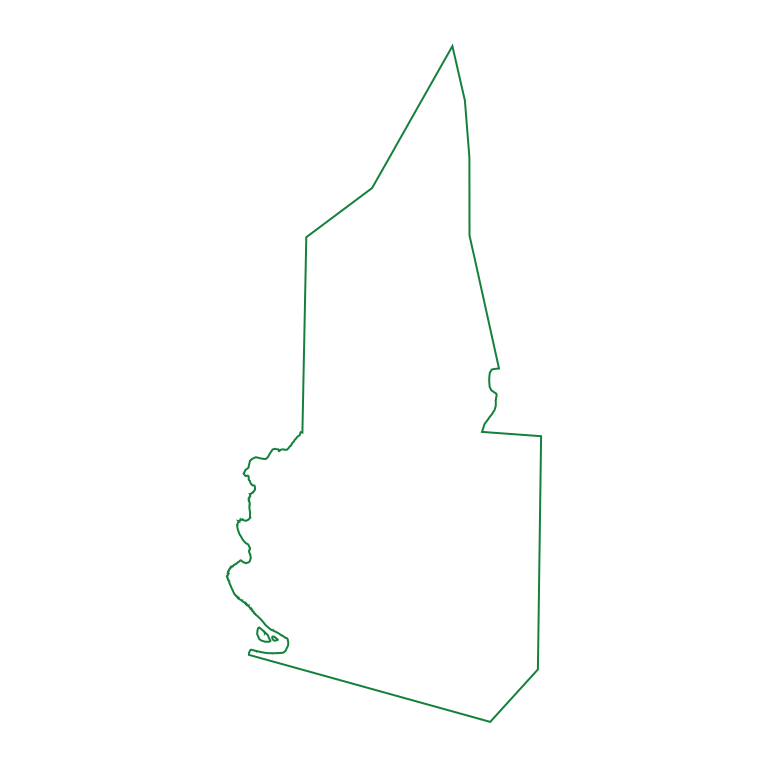 Mappi, Papua, Indonesia (Equal Earth projection)
{"feature_id": "22746128B63262525003276", "entity_name": "Mappi", "entity_type": "district", "adm_level": 2, "iso_a3": "IDN", "parent_name": "Indonesia", "parent_adm1": "Papua", "projection": "equal_earth", "projection_center": [138.756, -6.247], "detail": "fine", "context": "isolated", "style": "outline", "palette": "green", "viewbox_px": 768, "rotation_deg": 0, "n_neighbors": 0, "source": "geoboundaries", "source_scale": "gbopen_adm2", "svg_char_len": 5924}
<svg xmlns="http://www.w3.org/2000/svg" viewBox="0 0 768 768"><path d="M243.6,473.6L245.4,475.9L246.4,476.0L247.7,475.6L248.0,475.7L248.5,476.2L248.7,477.3L248.7,479.0L248.8,479.9L249.2,480.4L249.8,480.9L250.0,481.1L250.2,482.3L250.6,483.3L251.4,484.0L251.4,484.4L251.7,484.7L252.4,485.3L253.5,485.3L254.5,485.6L254.8,486.5L255.0,488.0L255.0,489.4L254.7,490.3L254.3,490.5L254.0,491.2L253.7,491.4L253.7,491.6L253.2,491.9L253.1,492.3L252.7,492.3L252.5,492.7L252.0,492.9L251.7,493.3L251.2,493.4L250.9,493.8L250.7,493.9L250.5,494.4L250.3,494.2L250.1,494.2L250.4,494.6L250.3,494.8L250.1,495.0L250.2,495.3L250.0,495.7L250.1,496.1L249.8,496.2L249.6,496.6L249.7,497.0L249.4,497.4L249.5,497.7L248.7,498.1L248.7,498.3L248.8,498.6L248.6,499.5L249.1,499.8L249.2,500.2L249.1,501.0L249.2,501.4L249.0,501.5L249.6,502.3L249.7,502.9L249.6,503.4L249.7,504.1L249.6,504.4L249.8,504.8L249.6,505.1L249.6,505.3L249.4,505.5L249.5,506.2L249.4,506.7L249.4,508.0L249.7,509.9L249.9,511.5L250.0,511.8L250.1,512.2L250.0,516.4L250.1,517.5L250.3,517.7L248.3,519.7L246.5,520.6L245.5,520.8L243.1,520.0L242.6,519.3L242.3,519.5L242.2,519.4L241.1,519.7L241.0,519.8L240.7,519.7L240.7,520.1L240.4,520.1L240.3,519.9L240.2,520.2L240.1,520.4L239.4,520.8L239.4,521.2L239.2,521.0L238.9,521.1L238.4,521.0L238.7,521.4L238.7,521.6L238.4,521.7L238.2,522.2L238.3,522.3L237.9,522.8L237.9,523.0L237.5,524.2L237.5,524.7L237.2,524.8L237.4,525.2L237.2,525.5L237.3,526.1L237.2,526.4L237.3,526.7L237.5,528.1L237.6,528.4L237.9,529.9L238.8,532.2L238.8,532.6L239.9,534.9L240.9,536.3L242.2,538.8L242.9,539.9L244.9,542.3L246.2,543.4L247.8,544.1L248.6,545.2L249.5,547.4L250.1,548.0L250.0,549.1L249.4,549.8L249.3,550.7L249.1,550.7L249.0,551.5L249.5,553.1L249.7,553.3L249.6,553.5L250.1,554.4L250.2,554.8L250.4,554.9L250.3,555.2L250.6,557.3L250.9,557.8L249.7,561.2L248.9,562.2L245.8,563.2L243.7,562.2L243.3,562.3L240.9,560.3L240.5,560.3L239.0,561.7L238.3,562.0L238.1,562.3L237.6,562.5L237.1,563.2L236.7,563.5L236.1,563.9L235.8,563.9L235.5,564.2L235.1,564.3L234.1,565.1L233.6,565.3L233.1,565.9L232.5,566.1L232.5,566.3L232.2,566.2L232.0,566.3L231.7,566.7L231.3,566.9L231.4,567.2L231.3,567.3L230.9,567.1L230.9,567.4L230.3,567.7L230.2,568.4L229.6,568.7L229.5,569.3L229.2,569.7L229.2,570.1L228.8,570.4L228.9,570.7L228.3,571.2L228.4,571.4L228.2,571.6L228.2,571.8L228.0,572.0L228.1,572.3L227.8,573.1L228.4,573.3L228.6,573.5L227.8,574.1L227.9,574.4L227.7,574.7L227.8,575.5L227.1,575.9L227.1,576.3L226.9,576.6L227.3,577.1L227.4,577.4L227.4,577.9L227.6,578.0L227.6,578.4L227.9,578.7L227.9,579.1L228.1,579.6L228.1,579.9L228.4,580.0L228.4,580.3L228.7,580.5L228.7,580.8L229.3,581.3L229.2,581.7L229.3,582.9L229.6,583.3L229.9,584.2L230.4,585.2L232.0,589.0L232.6,590.0L233.3,591.8L234.2,593.4L234.2,593.7L235.2,595.0L236.0,595.4L236.3,595.9L236.2,596.1L236.3,596.2L237.1,596.7L236.9,596.7L237.0,596.9L237.3,597.3L237.5,597.7L237.8,597.9L238.1,597.9L238.2,597.4L238.3,597.4L238.4,597.6L238.3,598.5L241.6,600.4L242.1,600.4L242.0,600.7L242.1,601.0L242.8,601.5L244.4,602.4L244.8,602.5L244.7,602.9L244.8,603.1L245.9,604.1L246.2,604.1L246.1,604.4L246.3,604.6L246.4,604.2L246.5,604.4L247.2,604.8L247.8,605.5L248.1,605.6L248.6,605.5L248.4,606.0L249.7,607.4L250.2,608.2L250.7,608.4L251.0,608.2L251.3,608.5L250.9,609.1L251.4,609.3L251.5,609.6L251.9,609.7L252.0,610.0L252.4,610.2L252.6,610.7L252.4,611.0L253.1,611.6L253.1,611.4L253.4,611.6L253.4,611.8L253.8,612.1L253.8,612.5L254.1,612.6L254.1,613.2L254.8,613.9L255.1,613.9L255.1,614.1L255.3,614.3L255.8,614.7L255.9,614.9L257.7,616.2L257.9,616.6L258.9,617.5L259.4,617.8L262.8,621.6L265.6,625.1L269.2,628.3L271.3,629.8L272.7,630.4L272.9,630.2L273.0,630.5L277.0,632.4L279.6,634.0L280.4,634.7L281.6,635.4L282.5,635.8L282.6,635.7L285.2,637.6L286.1,638.1L286.3,638.0L287.2,638.4L287.7,639.2L288.3,643.1L288.1,645.4L285.5,650.9L283.3,652.7L278.7,653.1L278.4,653.1L276.8,653.2L276.7,653.1L275.1,653.2L274.9,653.3L274.8,653.6L274.8,653.3L274.5,653.2L272.7,653.2L272.7,653.4L270.4,653.2L270.3,653.4L270.3,653.2L269.0,653.2L268.8,653.3L268.8,653.6L268.7,653.2L266.2,653.0L260.5,652.0L259.1,651.6L258.6,651.6L258.2,651.4L256.8,651.1L256.6,651.3L256.5,651.1L255.9,650.9L254.9,650.8L254.7,650.6L254.4,650.5L254.0,650.4L251.1,649.7L250.8,650.1L250.2,650.3L249.4,652.0L248.9,653.3L249.0,654.9L490.2,721.9L537.9,669.4L541.1,436.2L482.0,431.9L484.6,423.9L487.6,420.0L489.4,417.3L492.1,414.0L493.4,411.7L494.5,410.2L495.8,405.7L495.8,402.4L495.7,400.7L496.1,397.6L496.7,395.3L496.3,393.7L491.4,390.4L489.7,387.1L489.2,381.7L489.3,377.1L489.8,372.8L491.8,369.5L494.9,368.9L499.0,368.5L473.2,251.9L473.1,251.7L469.5,235.4L469.4,157.5L464.9,100.6L452.4,46.1L395.1,147.4L395.1,147.5L372.1,188.0L306.3,237.2L302.4,432.6L300.7,432.2L300.2,433.4L300.0,434.5L299.6,435.2L298.6,436.0L298.0,436.2L297.2,437.0L296.6,437.9L294.7,439.9L293.6,441.9L292.4,442.8L291.2,445.3L290.8,445.4L290.4,446.0L289.5,446.7L289.3,447.2L288.4,448.3L287.1,449.6L285.0,449.9L284.0,449.4L282.3,449.4L280.5,449.8L280.0,450.4L279.3,451.1L278.9,451.0L278.9,450.1L278.3,449.4L276.9,449.3L274.9,448.8L272.6,449.5L270.0,453.3L268.4,456.3L266.7,458.4L265.2,459.1L261.7,458.6L255.8,457.2L252.1,458.9L250.0,460.7L248.4,467.8L245.6,469.8L243.6,473.6ZM259.8,627.9L259.1,627.5L258.6,627.7L258.1,628.3L257.9,629.0L257.5,630.2L257.2,633.3L257.3,634.6L258.5,636.9L258.4,637.2L259.1,638.7L260.3,639.9L261.3,640.5L264.7,641.6L265.7,641.8L265.9,641.7L268.5,641.8L269.5,641.5L270.4,641.0L270.3,640.7L269.6,639.3L269.5,638.9L268.8,637.5L268.2,636.0L267.7,635.0L267.2,634.4L266.1,633.7L266.0,633.4L265.8,633.3L265.7,633.5L265.7,633.2L265.1,632.5L264.9,632.8L264.9,632.5L264.5,632.4L264.3,632.2L264.6,632.4L264.9,632.4L264.0,631.4L263.8,631.4L263.8,631.2L263.0,630.7L262.7,630.3L261.0,628.9L259.8,627.9ZM275.1,640.7L277.6,640.0L277.7,639.6L275.8,637.9L274.7,637.2L274.5,636.9L273.3,636.5L272.8,636.5L272.2,637.0L272.2,638.0L272.4,638.2L272.6,639.1L273.2,639.9L274.2,640.6L275.1,640.7Z" fill="none" stroke="#15803d" stroke-width="2"/></svg>